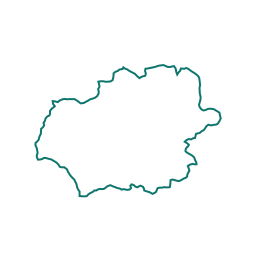 outline of Poço Fundo, Minas Gerais, Brazil, rotated 126°
{"feature_id": "56859067B54167324387796", "entity_name": "Poço Fundo", "entity_type": "district", "adm_level": 2, "iso_a3": "BRA", "parent_name": "Brazil", "parent_adm1": "Minas Gerais", "projection": "natural_earth1", "projection_center": [-45.997, -21.81], "detail": "fine", "context": "isolated", "style": "outline", "palette": "teal", "viewbox_px": 256, "rotation_deg": 126, "n_neighbors": 0, "source": "geoboundaries", "source_scale": "gbopen_adm2", "svg_char_len": 3079}
<svg xmlns="http://www.w3.org/2000/svg" viewBox="0 0 256 256"><g transform="rotate(126 128 128)"><path d="M81.0,160.2L81.1,163.3L81.7,165.4L81.7,167.4L83.3,167.0L84.6,168.2L85.9,169.4L87.7,169.7L89.9,171.2L92.2,171.8L94.6,170.2L96.7,169.2L98.3,168.6L100.7,169.6L102.6,171.8L103.9,173.6L104.8,175.6L106.0,177.3L107.9,179.2L109.5,177.2L111.4,175.3L114.1,175.0L115.7,173.1L117.6,172.0L120.4,171.7L123.0,172.5L124.8,173.7L126.9,175.4L129.4,176.4L131.7,177.6L133.8,178.5L135.9,180.8L135.8,184.5L136.0,188.1L137.6,190.3L139.0,192.4L140.4,193.9L141.5,196.0L142.9,197.6L144.5,198.5L146.2,199.6L148.4,200.0L149.2,202.4L150.5,204.7L152.5,202.9L153.4,200.0L155.1,200.4L157.3,201.1L160.1,201.1L162.4,199.3L164.3,199.0L166.1,200.1L168.7,200.3L170.9,199.5L173.5,199.3L175.2,197.3L177.7,197.3L179.6,197.8L181.8,196.5L184.1,195.0L186.0,194.8L188.1,194.2L189.9,193.4L192.4,193.6L194.5,194.0L196.3,192.8L197.9,190.0L199.7,188.1L201.4,186.4L203.4,185.9L205.3,184.5L206.5,182.2L205.2,180.6L203.6,179.2L201.9,178.6L200.6,177.0L199.8,174.7L198.5,171.5L198.3,169.1L198.0,165.5L198.5,162.7L199.5,160.4L198.6,158.2L197.2,156.5L197.3,153.1L198.8,150.6L199.8,148.0L200.6,145.7L201.0,143.3L201.3,141.0L202.5,139.1L203.4,137.1L204.7,135.6L206.0,134.1L207.1,132.1L207.9,129.8L209.6,128.6L211.5,127.1L210.3,125.1L209.0,123.2L207.4,121.3L204.7,121.0L202.7,120.2L200.4,118.9L198.3,118.5L197.3,117.0L195.2,116.1L193.7,114.8L192.8,113.2L191.4,111.7L189.6,111.0L187.9,110.7L186.2,109.8L184.6,108.6L184.1,105.9L183.4,103.9L183.0,101.6L181.8,99.1L181.6,96.9L180.0,95.6L178.5,92.2L176.7,90.5L174.9,90.2L173.3,92.2L171.5,92.0L170.8,89.6L171.1,87.7L170.5,85.6L168.8,84.9L167.3,84.0L166.8,81.2L167.7,79.4L169.0,78.1L168.2,75.5L167.3,72.9L166.8,69.3L163.6,67.8L161.3,68.2L159.3,68.7L157.8,67.5L156.3,65.4L154.7,64.1L153.2,61.6L151.3,59.4L148.7,60.7L147.0,61.8L145.1,62.9L143.5,61.7L142.5,59.1L141.6,56.6L140.4,55.1L138.5,54.2L136.2,53.2L134.4,52.0L132.7,51.6L131.0,52.5L129.0,53.0L126.5,53.2L124.8,55.4L123.5,57.3L121.2,56.3L119.1,54.7L118.3,52.8L117.1,51.3L115.7,52.5L114.8,54.5L113.8,55.9L112.8,57.4L112.6,60.3L113.0,63.5L113.2,65.5L113.1,67.7L111.5,68.8L109.5,69.1L107.8,68.7L105.9,68.8L105.5,70.8L105.8,74.0L103.7,73.7L101.3,72.4L100.0,70.2L98.0,69.3L96.8,67.9L94.8,68.7L92.7,69.5L91.3,68.4L89.9,67.1L87.3,66.5L85.0,65.4L82.6,65.5L80.1,65.6L78.0,64.8L77.4,63.0L76.3,61.5L75.0,60.5L73.6,58.8L71.8,57.9L69.3,58.0L65.8,58.6L63.7,61.0L61.8,63.1L62.0,65.7L62.3,69.5L63.1,71.2L64.3,73.2L65.8,74.7L67.7,75.7L69.5,77.3L69.7,79.6L69.0,82.2L67.5,84.2L64.9,85.1L62.2,86.2L60.1,87.6L58.7,89.2L57.0,91.0L55.5,92.0L53.8,93.6L50.9,94.9L48.5,97.1L46.7,98.8L45.5,100.0L44.7,102.2L44.5,105.1L44.7,108.9L44.8,111.2L44.7,113.7L45.2,116.1L47.1,117.4L48.8,120.2L51.2,119.4L53.2,119.8L55.8,119.6L54.2,122.0L51.9,124.4L50.9,127.2L52.4,128.6L53.9,129.8L55.3,131.8L55.8,134.3L56.2,136.2L58.1,138.3L59.9,140.1L61.9,141.4L63.5,142.7L65.2,144.3L66.9,145.8L68.3,147.1L69.8,148.7L71.9,147.7L73.6,145.4L75.7,144.8L77.4,146.3L78.8,147.2L80.9,148.0L80.7,151.0L80.1,154.3L80.5,157.0L81.0,160.2Z" fill="none" stroke="#0f766e" stroke-width="2"/></g></svg>